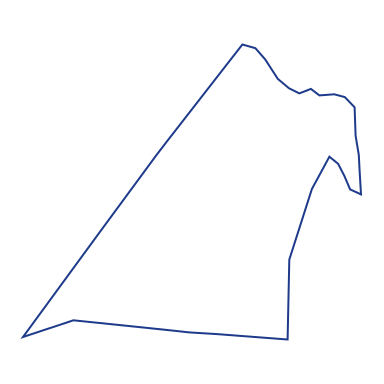 Telha, Sergipe, Brazil (Albers equal-area conic projection)
{"feature_id": "56859067B37767461390703", "entity_name": "Telha", "entity_type": "district", "adm_level": 2, "iso_a3": "BRA", "parent_name": "Brazil", "parent_adm1": "Sergipe", "projection": "albers", "projection_center": [-36.872, -10.187], "detail": "fine", "context": "isolated", "style": "outline", "palette": "blue", "viewbox_px": 384, "rotation_deg": 0, "n_neighbors": 0, "source": "geoboundaries", "source_scale": "gbopen_adm2", "svg_char_len": 497}
<svg xmlns="http://www.w3.org/2000/svg" viewBox="0 0 384 384"><path d="M358.8,155.0L355.6,135.7L354.6,107.3L344.8,97.1L334.3,94.3L319.4,95.4L310.9,88.9L299.3,93.4L288.9,88.2L277.8,78.9L265.2,59.4L255.4,48.2L242.4,44.5L232.4,57.3L166.7,141.7L156.5,155.0L99.6,232.3L23.0,337.0L73.4,320.3L172.9,330.6L189.3,332.4L217.0,334.1L287.6,339.5L289.3,259.6L311.9,189.0L329.4,156.7L338.1,163.8L344.5,176.2L350.1,189.4L361.0,194.4L359.5,168.8L358.8,155.0Z" fill="none" stroke="#1e3a8a" stroke-width="2"/></svg>